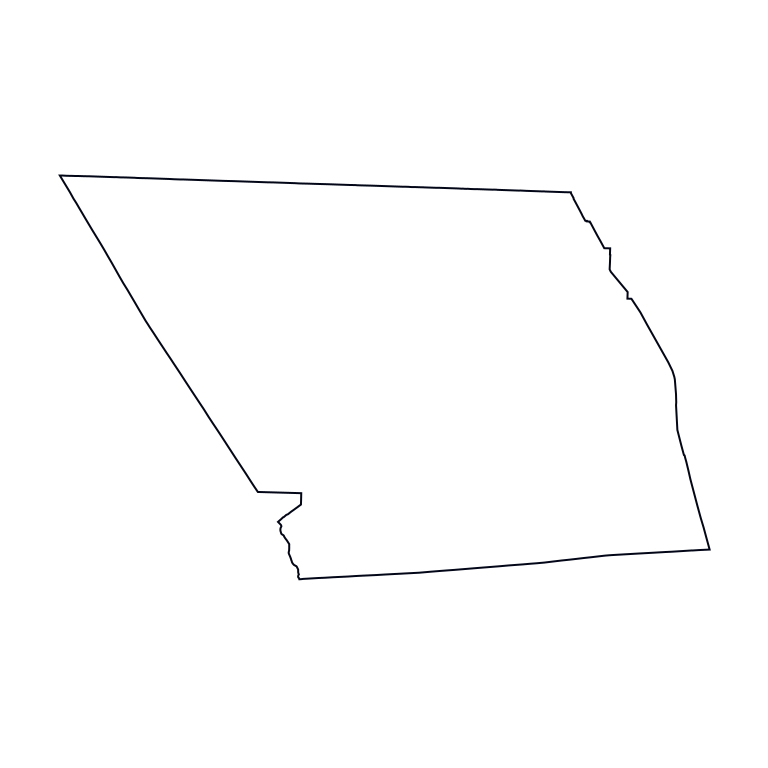 Khlong Luang, Pathum Thani, Thailand, rotated 272°
{"feature_id": "78962969B47132537574289", "entity_name": "Khlong Luang", "entity_type": "district", "adm_level": 2, "iso_a3": "THA", "parent_name": "Thailand", "parent_adm1": "Pathum Thani", "projection": "equal_earth", "projection_center": [100.696, 14.103], "detail": "fine", "context": "isolated", "style": "outline", "palette": "ink", "viewbox_px": 768, "rotation_deg": 272, "n_neighbors": 0, "source": "geoboundaries", "source_scale": "gbopen_adm2", "svg_char_len": 5820}
<svg xmlns="http://www.w3.org/2000/svg" viewBox="0 0 768 768"><g transform="rotate(272 384 384)"><path d="M185.9,306.2L186.1,308.3L186.4,310.0L186.9,315.5L187.8,325.0L188.3,331.5L189.1,339.8L190.3,354.4L191.1,362.4L191.7,369.3L192.8,382.9L193.6,391.2L194.4,400.2L194.9,406.1L195.2,409.4L196.3,422.0L196.6,425.5L197.0,428.8L198.0,436.9L199.0,445.5L199.8,452.7L200.7,461.0L203.4,484.0L205.9,505.9L207.0,514.7L208.6,529.4L209.4,535.9L210.2,543.1L210.7,547.0L211.1,550.3L212.5,559.2L213.8,567.6L214.9,575.5L215.9,582.2L217.1,590.0L218.1,597.0L219.1,603.6L220.2,610.9L220.6,614.2L221.0,618.0L221.9,627.6L222.5,634.1L223.4,643.7L224.6,657.1L225.2,663.5L225.9,671.0L226.4,677.2L228.4,697.5L228.4,698.3L229.0,704.3L229.9,715.2L240.8,711.8L251.8,708.4L261.2,705.2L273.4,701.4L299.6,693.5L308.3,691.2L316.9,688.8L320.3,687.7L323.1,686.9L323.3,686.7L323.5,686.2L332.6,683.4L348.3,678.8L373.0,676.6L375.9,676.7L383.9,676.2L398.7,674.5L401.2,673.9L407.2,671.8L415.5,667.4L452.4,644.9L464.6,637.7L477.8,628.3L477.8,624.3L479.8,624.3L481.9,624.3L484.4,624.3L503.1,607.6L504.0,606.8L506.2,605.6L506.5,605.5L513.4,605.6L519.1,605.6L520.6,605.7L520.8,605.7L520.9,605.4L521.0,605.3L521.6,605.3L525.6,605.3L527.4,605.3L527.4,605.2L527.5,605.2L527.4,601.9L527.4,599.4L533.9,595.6L539.3,592.3L544.6,589.2L552.8,584.5L552.8,584.0L553.5,583.9L553.6,581.0L554.1,581.0L554.1,579.6L554.2,579.4L556.3,578.2L557.4,577.5L558.5,576.8L561.0,575.5L564.7,573.4L570.6,570.0L575.7,567.0L576.4,567.0L581.3,564.1L582.1,564.1L582.0,558.3L582.0,556.8L582.0,554.4L582.0,552.5L582.0,551.0L582.0,549.0L582.0,548.4L582.0,546.7L582.0,545.3L582.0,544.3L582.0,541.8L582.0,538.5L582.1,537.1L582.0,535.6L582.0,533.2L582.0,531.9L582.0,529.9L582.0,527.7L582.0,524.9L582.0,523.4L582.0,522.3L582.0,520.2L582.0,519.2L582.1,514.6L582.1,513.5L582.0,512.2L582.0,511.4L582.0,510.0L582.0,508.7L582.0,507.2L582.0,505.4L582.0,503.8L582.0,501.6L582.0,499.0L582.0,497.8L582.0,496.3L582.0,494.2L582.0,491.3L582.0,490.7L582.1,489.8L582.1,488.9L582.1,487.1L582.0,485.8L582.0,480.6L582.0,479.0L582.0,477.4L582.0,475.0L582.0,473.8L582.0,472.3L582.0,471.0L582.0,470.3L581.9,468.4L581.9,467.7L581.9,466.3L581.9,465.3L581.9,464.2L581.9,463.7L582.0,461.2L582.0,460.7L581.9,459.5L581.9,457.6L581.9,457.3L582.0,456.6L582.0,456.1L582.0,455.8L581.9,455.1L581.9,454.7L582.0,451.5L582.0,448.9L582.0,446.7L582.0,443.9L582.0,442.5L582.0,439.7L582.0,436.2L582.0,435.0L582.0,433.6L582.0,432.8L581.9,429.2L581.9,427.0L581.9,425.8L581.9,424.7L581.9,423.5L581.9,421.3L581.9,418.4L581.9,417.7L581.9,416.8L582.0,416.1L581.9,415.5L581.9,414.4L581.9,413.7L581.9,410.7L581.9,409.0L581.9,407.8L581.9,407.2L581.8,406.4L581.8,406.0L581.8,403.7L581.9,401.8L581.9,399.9L581.9,397.7L581.8,395.5L581.8,394.2L581.8,389.3L581.8,386.7L581.8,382.0L581.8,378.9L581.8,375.3L581.8,373.6L581.8,370.6L581.8,367.7L581.8,364.6L581.7,353.8L581.7,350.3L581.8,348.5L581.7,342.4L581.7,341.4L581.7,339.5L581.7,336.7L581.7,333.4L581.7,330.4L581.7,328.3L581.7,327.5L581.7,324.6L581.7,320.9L581.6,307.4L581.6,305.6L581.6,301.9L581.5,294.0L581.5,292.2L581.6,287.8L581.6,280.4L581.6,276.9L581.6,271.9L581.6,266.2L581.5,260.9L581.5,245.3L581.5,239.2L581.5,231.8L581.5,226.6L581.4,216.5L581.4,213.4L581.4,209.2L581.4,207.5L581.4,196.9L581.4,195.2L581.4,189.6L581.4,189.1L581.4,186.4L581.4,185.4L581.4,180.5L581.4,178.6L581.4,175.2L581.3,172.7L581.3,169.0L581.3,167.1L581.4,162.6L581.4,155.6L581.4,154.4L581.4,150.9L581.4,150.3L581.4,146.5L581.4,145.2L581.4,140.6L581.3,133.6L581.3,130.5L581.3,129.5L581.4,127.8L581.4,123.8L581.4,118.6L581.3,113.4L581.4,109.3L581.3,107.5L581.3,105.7L581.3,104.9L581.3,101.3L581.3,95.7L581.3,89.8L581.3,88.1L581.3,82.5L581.2,76.3L581.2,71.9L581.1,68.2L581.1,65.8L581.1,63.9L581.0,60.3L581.1,55.8L581.0,52.8L577.0,55.4L564.6,63.5L558.4,67.2L553.9,70.3L549.6,73.0L544.3,76.4L539.4,79.5L527.6,87.1L514.6,95.7L508.2,99.8L501.9,103.7L495.4,107.8L482.1,115.9L475.7,119.9L468.7,124.6L463.8,127.7L460.2,130.0L455.3,133.1L450.2,136.3L444.1,140.2L440.0,142.8L438.9,143.5L437.6,144.4L435.5,145.9L433.7,147.1L432.1,148.2L427.8,151.3L421.1,156.0L407.3,165.8L401.4,170.1L396.7,173.4L388.2,179.5L379.6,185.5L371.1,191.5L358.2,200.7L352.2,205.0L345.1,209.8L338.6,214.4L332.1,219.1L325.9,223.5L322.6,225.8L309.6,234.9L304.6,238.4L299.4,242.1L294.2,245.8L288.7,249.7L282.6,253.9L276.5,258.2L271.7,261.7L272.0,305.1L265.1,305.2L260.6,305.2L254.3,297.2L253.2,295.7L252.4,294.8L251.4,293.6L251.2,293.4L250.8,293.0L250.7,292.8L250.5,292.6L249.9,291.2L249.7,290.9L249.6,290.7L249.4,290.5L249.1,290.2L247.7,288.7L247.5,288.4L247.4,288.3L247.4,288.2L247.3,287.9L247.2,287.7L245.4,286.0L244.1,284.6L242.5,282.9L242.2,283.2L239.9,285.6L239.7,285.8L239.4,286.0L238.4,286.4L238.1,286.4L237.2,286.0L236.8,285.8L236.5,285.7L236.0,285.6L235.3,285.5L234.2,285.6L233.7,285.6L233.2,285.8L231.3,286.4L230.8,286.6L230.7,286.7L230.5,286.9L230.1,287.4L229.9,287.8L229.7,288.1L229.5,288.5L229.4,288.6L229.3,288.8L229.2,288.9L229.0,289.1L228.0,289.6L227.3,290.0L225.7,291.2L224.4,292.3L221.5,294.3L221.0,294.7L220.8,294.8L220.6,294.8L220.4,294.9L219.1,294.9L216.9,295.0L215.0,295.0L214.5,295.0L214.2,295.0L214.0,294.9L212.8,294.7L212.5,294.6L212.1,294.7L211.6,294.7L211.2,294.8L209.9,295.4L208.0,296.3L206.3,297.0L205.8,297.2L205.4,297.3L205.1,297.4L204.7,297.5L204.3,297.7L203.9,297.9L203.7,298.0L203.1,298.1L202.8,298.2L202.0,298.7L201.6,298.9L200.6,299.8L200.4,300.0L200.1,300.3L199.8,300.8L199.7,301.1L199.4,301.6L199.2,301.9L199.0,302.5L198.9,302.6L198.8,302.8L198.7,302.9L198.5,303.1L197.4,303.7L196.7,304.1L195.7,304.6L195.4,304.7L194.8,304.7L193.0,304.8L192.3,304.9L192.1,305.0L191.0,305.4L190.9,305.4L190.8,305.5L190.6,305.4L190.3,305.3L190.1,305.2L189.9,305.1L189.5,305.0L188.7,304.9L188.3,304.9L188.0,305.0L187.7,305.1L187.1,305.7L187.0,305.8L186.9,305.9L186.6,306.0L185.9,306.2Z" fill="none" stroke="#020617" stroke-width="2"/></g></svg>